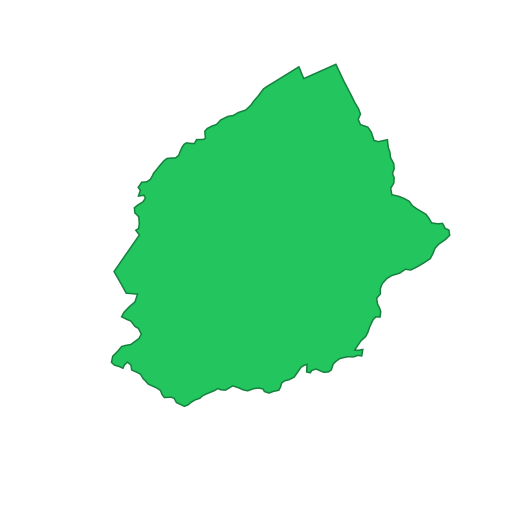 Temerloh, Pahang, Malaysia (Natural Earth projection), rotated 239°
{"feature_id": "92858781B90183149437098", "entity_name": "Temerloh", "entity_type": "district", "adm_level": 2, "iso_a3": "MYS", "parent_name": "Malaysia", "parent_adm1": "Pahang", "projection": "natural_earth1", "projection_center": [102.238, 3.618], "detail": "fine", "context": "isolated", "style": "filled", "palette": "green", "viewbox_px": 512, "rotation_deg": 239, "n_neighbors": 0, "source": "geoboundaries", "source_scale": "gbopen_adm2", "svg_char_len": 2746}
<svg xmlns="http://www.w3.org/2000/svg" viewBox="0 0 512 512"><g transform="rotate(239 256 256)"><path d="M171.4,112.3L164.0,117.2L163.4,121.4L164.0,124.8L164.0,129.8L163.0,134.4L163.7,138.2L163.4,142.0L162.0,151.2L162.0,155.1L159.4,157.0L156.7,160.8L156.7,166.9L156.7,169.2L151.7,173.4L148.5,175.6L146.4,177.6L144.7,179.5L144.2,182.2L143.4,185.7L142.3,188.6L140.8,191.1L138.3,193.5L135.5,193.4L131.9,196.4L130.9,201.4L129.2,206.4L130.9,209.4L133.9,212.5L134.2,216.3L132.9,220.9L132.5,226.3L134.5,230.9L137.5,237.4L137.5,240.8L136.8,243.9L130.5,239.7L127.9,242.4L129.2,244.7L128.2,249.3L124.9,251.6L121.3,254.3L119.3,258.5L119.6,261.9L123.6,266.5L124.6,270.7L124.9,275.3L122.3,283.0L119.3,287.6L118.3,292.2L115.9,295.2L120.9,299.4L122.6,294.8L124.6,292.2L126.2,295.6L129.2,302.1L130.5,308.6L132.9,312.5L136.8,317.1L141.1,323.6L142.1,327.4L139.8,330.9L144.1,334.3L147.8,335.1L152.1,335.4L157.7,337.7L159.4,343.1L164.0,345.8L167.3,350.0L169.3,356.5L169.3,362.3L167.3,370.3L167.7,377.2L164.3,381.4L163.7,389.1L163.7,397.9L164.0,404.0L167.0,409.0L170.3,413.2L172.0,418.6L172.6,427.0L174.0,432.7L178.9,434.7L182.2,432.4L187.9,432.7L189.9,428.5L193.9,423.6L199.5,423.6L204.1,423.2L208.4,420.9L213.4,418.2L218.7,415.9L224.0,415.5L228.7,412.8L233.3,409.4L238.6,404.0L244.6,406.3L247.6,411.7L251.9,414.7L256.5,415.5L259.5,419.3L264.1,421.6L271.1,422.0L276.1,424.3L280.4,425.1L288.0,428.5L291.0,419.7L294.3,416.7L302.9,418.6L308.9,418.2L314.8,413.2L320.5,414.0L323.8,418.6L329.4,419.7L336.7,419.7L345.7,420.5L359.9,421.3L379.2,423.2L383.5,388.3L396.1,390.2L395.7,360.7L395.7,356.9L395.7,353.1L395.4,348.5L393.7,344.3L391.8,339.7L390.1,334.3L387.8,328.9L386.4,322.4L388.1,314.8L388.1,309.0L390.1,304.0L390.4,300.6L390.8,296.0L389.1,289.9L390.1,284.9L390.4,279.9L389.4,276.5L386.4,274.9L383.1,273.4L382.8,271.5L384.8,267.7L386.4,265.0L384.1,261.1L386.1,258.1L388.8,254.6L388.8,252.0L387.4,248.9L385.1,245.4L382.1,241.6L381.5,237.4L383.5,234.0L385.4,230.1L385.1,226.3L383.5,221.3L381.5,216.0L379.8,211.0L378.2,208.7L376.2,205.2L375.8,200.6L378.1,196.0L375.5,190.3L371.9,190.7L367.9,186.1L365.9,191.1L362.6,191.1L360.6,186.9L360.6,181.1L359.9,176.5L355.1,174.3L354.6,174.6L350.0,175.7L344.0,172.7L340.0,169.6L340.0,166.2L334.1,166.9L315.8,126.3L300.9,126.0L291.0,125.6L284.3,134.8L279.0,128.6L277.7,121.0L275.7,113.7L273.1,109.5L267.8,112.9L264.8,115.2L257.8,116.0L254.5,117.9L248.2,117.5L245.6,113.3L244.6,103.0L246.6,98.0L247.6,94.2L245.6,88.4L243.9,81.6L239.3,77.3L235.3,78.5L232.0,81.6L228.3,84.2L230.3,86.9L231.3,91.1L227.0,92.7L222.4,90.7L217.4,94.2L214.1,96.1L208.8,96.1L206.1,96.9L201.8,97.6L197.8,100.3L193.9,103.0L189.9,104.9L185.6,104.1L181.9,104.5L178.6,110.7L176.0,112.6L171.4,112.3Z" fill="#22c55e" stroke="#15803d" stroke-width="1.5"/></g></svg>